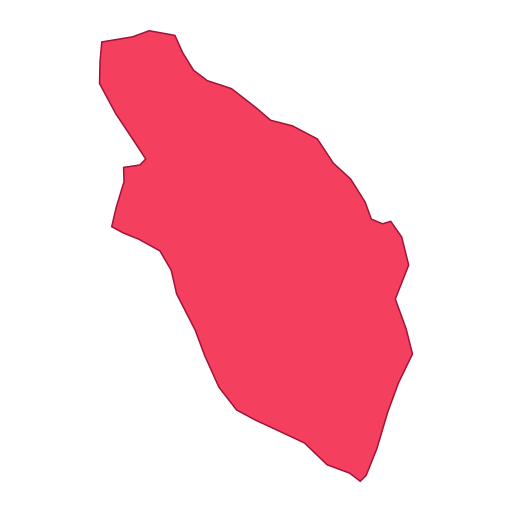 the district of Agios Thomas, Limassol, Cyprus
{"feature_id": "46923920B96977805113919", "entity_name": "Agios Thomas", "entity_type": "district", "adm_level": 2, "iso_a3": "CYP", "parent_name": "Cyprus", "parent_adm1": "Limassol", "projection": "albers", "projection_center": [32.73, 34.71], "detail": "fine", "context": "isolated", "style": "filled", "palette": "rose", "viewbox_px": 512, "rotation_deg": 0, "n_neighbors": 0, "source": "geoboundaries", "source_scale": "gbopen_adm2", "svg_char_len": 756}
<svg xmlns="http://www.w3.org/2000/svg" viewBox="0 0 512 512"><path d="M101.8,41.9L100.0,61.7L99.5,83.5L115.7,113.6L134.4,141.7L145.7,159.0L139.8,165.0L123.6,167.4L124.0,181.7L116.2,207.4L111.7,226.7L123.5,233.1L138.3,239.0L159.9,250.9L171.2,270.2L176.6,293.9L195.3,330.4L204.7,355.6L218.9,387.2L236.6,410.0L255.8,420.3L280.4,431.7L304.5,443.0L327.1,464.8L349.7,473.2L360.2,481.3L366.1,475.5L376.9,448.6L387.7,412.2L398.5,382.8L412.5,354.0L406.2,329.0L395.3,299.0L408.7,265.1L401.7,237.0L390.7,221.3L382.6,223.8L371.3,219.1L365.2,202.2L350.7,179.1L333.3,163.1L317.4,139.0L292.5,125.9L270.5,120.2L256.4,108.0L231.6,88.7L207.2,80.6L193.6,70.3L182.8,52.9L174.9,35.4L149.1,30.7L132.7,36.8L101.8,41.9Z" fill="#f43f5e" stroke="#9f1239" stroke-width="1.5"/></svg>